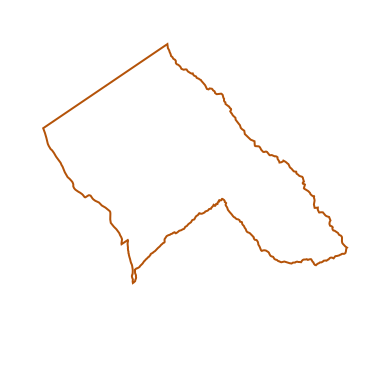 Zonda, San Juan, Argentina, rotated 146°
{"feature_id": "61730980B79956801813082", "entity_name": "Zonda", "entity_type": "district", "adm_level": 2, "iso_a3": "ARG", "parent_name": "Argentina", "parent_adm1": "San Juan", "projection": "robinson", "projection_center": [-68.949, -31.574], "detail": "fine", "context": "isolated", "style": "outline", "palette": "amber", "viewbox_px": 384, "rotation_deg": 146, "n_neighbors": 0, "source": "geoboundaries", "source_scale": "gbopen_adm2", "svg_char_len": 5946}
<svg xmlns="http://www.w3.org/2000/svg" viewBox="0 0 384 384"><g transform="rotate(146 192 192)"><path d="M276.6,211.8L276.2,207.0L275.5,203.4L275.3,198.5L275.8,196.2L275.9,194.2L276.4,192.0L279.4,188.6L279.6,188.1L272.1,188.1L272.1,187.8L272.4,187.2L273.9,185.7L274.5,184.9L276.3,181.5L276.7,181.1L277.7,179.2L278.0,178.2L278.9,176.8L279.0,176.0L279.4,175.4L280.2,173.2L280.8,171.2L281.9,168.3L282.1,167.4L282.3,166.9L282.4,165.8L282.9,164.3L284.2,161.5L285.0,160.0L287.0,157.3L287.6,157.1L287.8,156.7L288.6,156.2L289.0,155.7L289.5,154.4L289.9,152.6L291.3,150.9L291.9,149.6L291.0,149.6L289.0,149.9L287.7,151.2L287.1,151.4L286.2,152.3L285.7,153.4L285.4,153.7L285.0,154.4L284.5,156.7L282.7,159.5L280.8,159.7L279.8,159.3L277.5,159.2L276.3,159.7L273.1,160.3L270.3,161.4L269.1,161.5L268.2,161.9L266.8,162.0L264.6,162.5L263.5,162.4L262.6,162.9L261.6,163.1L261.2,163.5L260.5,163.7L258.5,163.5L257.7,163.7L255.6,163.7L251.6,164.6L249.1,164.9L247.0,165.5L246.2,165.5L244.6,165.8L243.2,165.6L242.6,165.9L241.6,167.6L241.1,168.2L237.7,169.6L235.7,169.4L234.3,168.9L233.4,169.0L231.4,168.5L230.6,168.7L229.5,168.5L228.9,168.3L228.8,167.3L228.5,166.8L226.7,166.7L224.3,167.0L222.1,166.3L220.7,166.3L219.4,165.9L218.6,166.1L217.0,166.9L215.3,166.7L212.9,167.4L209.7,167.5L207.7,168.5L207.2,168.5L205.4,168.0L203.0,169.3L201.6,169.7L200.3,169.5L199.6,169.8L198.9,169.8L198.4,170.3L197.8,170.3L197.5,170.1L197.0,169.2L196.2,168.6L195.3,168.3L193.0,168.0L191.8,168.4L190.0,167.9L188.8,167.8L187.4,168.3L185.5,167.5L184.8,168.1L182.4,168.6L181.2,169.3L181.0,168.9L181.1,168.1L180.9,167.8L180.6,167.6L179.8,167.8L179.1,168.5L178.5,168.5L178.1,168.3L177.6,167.8L177.3,168.0L176.6,168.9L175.8,169.1L174.9,168.9L174.7,169.1L174.6,169.8L174.2,170.0L173.9,170.0L173.0,169.1L172.4,168.8L172.0,168.9L171.2,169.5L170.9,169.5L170.6,169.2L169.9,167.4L169.9,166.3L170.4,165.3L170.0,164.5L169.9,163.7L171.2,162.7L171.5,162.0L171.5,159.5L172.2,157.2L172.0,154.4L171.6,151.3L171.5,148.9L171.2,147.6L170.7,146.9L170.5,145.5L170.2,144.9L169.9,144.3L169.0,143.5L168.5,142.4L168.4,141.9L168.7,140.8L168.7,140.3L167.7,139.5L167.5,139.0L168.2,137.5L168.3,136.4L168.0,135.2L168.0,134.4L168.3,133.1L168.2,131.2L168.7,129.2L168.6,128.1L168.4,127.5L168.0,127.1L167.1,125.6L166.3,121.2L166.3,120.4L166.1,119.9L166.7,118.9L166.7,117.8L166.5,117.1L165.5,116.3L165.3,115.9L165.3,114.0L165.7,112.7L166.4,111.3L166.5,109.0L167.3,105.3L167.3,104.9L167.2,104.3L167.0,104.1L165.9,103.9L164.7,103.3L163.5,102.2L162.3,99.5L162.2,98.5L162.5,97.1L162.6,95.4L162.5,95.0L161.9,93.9L161.3,93.3L161.0,92.8L161.1,90.3L160.5,89.2L159.6,88.2L159.3,86.9L158.7,85.9L158.3,85.6L157.9,84.6L157.2,83.8L154.3,82.7L150.8,78.3L149.4,77.0L147.8,77.0L146.0,75.9L145.1,75.9L144.3,75.7L143.7,75.4L143.0,74.5L142.0,73.8L140.8,72.8L139.3,73.5L138.1,73.7L137.1,73.5L135.0,72.2L134.4,72.1L133.9,70.9L132.5,70.6L131.1,69.9L130.8,69.5L131.0,66.8L130.7,65.7L131.1,64.3L130.9,63.6L130.9,62.9L130.5,62.5L130.2,62.0L128.1,62.3L126.6,62.0L125.3,62.1L124.3,61.4L122.7,61.1L121.3,61.4L119.5,60.5L119.1,59.9L118.7,59.8L117.4,60.0L116.7,59.7L114.5,60.2L114.1,60.1L113.4,59.9L112.7,59.4L111.7,57.8L109.3,58.6L108.7,58.5L107.4,57.8L105.2,57.1L104.3,57.1L103.1,56.8L102.8,56.9L102.2,56.8L101.7,56.6L100.7,55.8L100.2,55.6L99.0,55.6L97.8,56.5L95.9,58.6L95.3,59.1L94.6,59.2L95.3,61.0L95.9,64.7L95.9,65.8L95.2,67.4L93.2,70.2L92.8,71.3L93.0,72.6L94.0,74.2L94.0,74.9L93.9,76.2L94.0,76.7L94.4,77.6L95.4,80.1L95.7,80.5L96.3,81.0L96.4,81.9L96.2,82.9L95.3,84.2L95.1,84.2L95.1,84.8L95.8,86.2L96.3,86.6L96.4,86.9L95.9,88.7L94.9,89.9L94.4,90.3L93.1,91.0L92.5,93.9L92.3,94.6L93.6,96.2L94.2,97.2L94.5,98.1L94.9,102.0L96.4,103.1L97.8,103.7L98.1,104.0L97.6,107.1L96.4,108.7L98.2,109.6L99.2,110.3L97.9,113.5L95.2,116.3L94.5,117.7L94.1,119.2L93.4,119.8L93.2,120.1L93.2,120.4L93.7,120.5L94.4,121.6L94.7,122.6L95.0,123.9L94.7,125.2L95.1,127.6L96.3,130.3L96.9,131.5L97.1,132.0L97.1,132.6L94.2,135.0L94.3,135.4L95.4,136.9L95.2,137.5L94.1,138.1L93.4,138.0L92.6,140.7L92.2,141.6L92.1,142.9L94.0,145.3L94.4,147.2L95.0,148.6L94.9,149.4L94.4,150.1L94.3,150.6L95.1,151.2L96.1,152.3L96.5,156.0L96.9,156.9L97.0,158.3L96.7,159.4L96.5,161.4L96.9,162.2L97.2,163.6L97.7,165.0L98.7,166.9L99.3,166.5L101.3,166.7L103.0,167.5L102.6,168.7L102.5,171.7L101.7,173.0L102.1,174.2L103.1,175.2L103.5,175.3L105.2,178.0L106.7,178.8L107.1,179.2L107.4,183.2L107.8,183.9L108.1,184.2L110.0,184.9L110.6,185.6L111.0,188.3L110.7,190.8L110.8,191.7L111.1,192.5L113.8,194.6L114.0,195.2L113.3,196.6L111.8,199.1L114.1,202.6L115.8,210.5L114.4,213.6L115.4,216.1L115.7,217.9L114.9,220.6L115.1,222.5L115.4,227.5L114.5,229.3L115.2,232.1L115.3,233.4L115.1,234.9L115.3,235.4L115.2,237.5L113.6,238.3L113.2,239.1L113.6,240.6L113.5,242.1L113.8,242.7L115.0,246.2L114.2,247.7L114.5,248.5L114.5,249.5L114.1,250.3L113.3,251.3L113.3,252.5L112.3,255.3L112.5,256.5L112.8,257.2L116.5,259.1L116.9,259.4L117.5,261.2L117.0,262.6L117.1,263.1L117.7,264.5L117.6,265.5L117.8,266.5L119.5,268.0L120.9,267.8L122.0,269.1L121.4,273.2L122.1,279.1L122.0,279.9L122.8,281.2L123.0,282.1L124.0,283.5L124.3,284.1L124.0,285.4L125.2,287.3L125.3,287.8L125.3,288.8L125.1,289.9L125.8,290.0L126.7,291.3L128.0,294.3L128.0,296.6L129.0,297.4L130.5,298.0L131.9,300.0L131.6,302.5L132.2,305.0L133.1,306.3L133.3,307.3L133.2,308.1L132.3,309.4L132.1,309.9L132.1,311.0L133.0,313.0L132.8,314.8L133.3,316.4L132.6,318.4L132.2,320.8L131.7,322.2L131.5,324.8L129.7,328.4L279.7,328.1L280.9,323.2L282.5,318.2L284.6,312.6L285.0,310.3L285.2,306.7L284.7,304.8L284.6,301.7L284.9,297.3L284.6,289.7L285.1,287.0L285.1,285.6L286.4,279.5L286.8,273.9L286.1,271.3L285.7,268.5L285.6,266.8L286.1,264.8L287.3,263.0L287.6,261.1L287.5,259.9L287.3,258.9L286.0,255.6L285.2,254.1L284.3,251.6L284.1,250.5L283.9,247.8L283.5,247.3L283.2,247.2L279.5,247.1L278.7,246.5L278.3,245.9L278.1,245.6L278.1,242.2L277.9,241.0L277.1,238.8L275.0,235.3L274.3,231.2L272.5,227.5L270.9,222.2L271.0,221.1L271.7,219.8L275.1,215.0L276.6,211.8Z" fill="none" stroke="#b45309" stroke-width="2"/></g></svg>